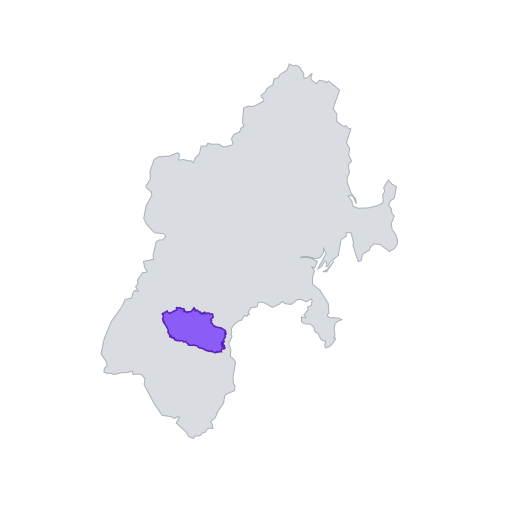 Khmel'nyts'kyy on a map of Ukraine (Mercator projection), rotated 290°
{"feature_id": "UKR-290", "entity_name": "Khmel'nyts'kyy", "entity_type": "Region", "adm_level": 1, "iso_a3": "UKR", "parent_name": "Ukraine", "parent_adm1": "", "projection": "mercator", "projection_center": [26.972, 49.519], "detail": "fine", "context": "in_parent", "style": "filled", "palette": "violet", "viewbox_px": 512, "rotation_deg": 290, "n_neighbors": 0, "source": "natural_earth", "source_scale": "10m", "svg_char_len": 9278}
<svg xmlns="http://www.w3.org/2000/svg" viewBox="0 0 512 512"><g transform="rotate(290 256 256)"><path d="M339.5,344.9L344.6,352.7L348.8,356.7L350.9,356.8L356.9,354.1L360.7,355.0L364.1,352.5L372.7,354.3L370.1,359.2L368.9,364.3L357.6,366.1L353.5,363.2L349.1,363.3L346.7,366.9L342.3,369.4L340.9,372.3L332.9,372.1L327.6,374.7L323.6,380.2L319.1,383.7L315.6,384.7L310.2,383.4L305.8,379.8L309.2,369.1L308.0,363.3L304.5,360.6L300.1,360.4L294.4,355.7L287.8,356.3L285.6,354.0L299.2,343.4L302.1,342.9L310.4,337.3L308.8,332.7L305.3,333.9L300.4,330.3L284.9,333.1L275.4,327.6L271.1,327.0L270.0,325.6L274.5,324.4L274.9,322.4L268.5,321.1L265.1,318.5L282.4,321.0L287.1,316.6L282.3,318.2L277.4,317.2L275.6,315.7L273.5,311.3L273.4,305.1L271.2,299.6L269.5,297.8L272.8,306.9L271.9,315.5L264.6,315.1L265.3,311.5L261.9,316.2L256.2,316.3L248.9,318.6L245.9,327.4L236.5,339.8L228.0,343.9L225.0,343.2L223.8,344.2L223.2,348.0L224.7,349.8L225.9,355.8L225.5,358.4L222.5,355.0L219.0,353.5L215.2,354.0L208.1,357.5L205.7,356.9L205.9,358.6L205.2,359.2L198.6,357.4L195.7,355.7L193.5,352.6L195.6,351.1L199.6,350.5L199.5,346.0L204.6,340.3L204.8,337.6L209.2,334.1L210.5,330.2L208.9,324.5L209.5,321.5L214.4,319.4L214.7,323.9L215.8,323.5L216.9,321.2L223.5,323.3L225.5,321.8L228.3,324.8L233.4,324.0L234.6,322.6L230.2,319.0L230.6,313.2L229.2,309.9L222.6,305.7L221.3,300.5L221.9,296.0L218.6,294.2L213.3,289.1L214.9,280.0L214.5,276.6L213.0,273.9L208.7,274.4L205.5,269.0L200.3,268.0L198.8,269.9L198.0,268.1L196.2,268.2L196.4,266.0L195.2,265.2L190.8,264.6L189.7,262.5L185.1,259.4L179.3,257.4L176.1,259.4L174.7,258.9L172.4,260.9L164.2,260.4L159.3,264.5L152.6,266.3L152.0,269.2L149.5,273.1L134.6,275.7L128.2,278.5L126.2,280.9L122.3,281.8L115.6,275.0L113.5,274.5L107.0,275.8L96.1,273.1L90.5,273.1L84.7,270.0L82.9,272.6L79.1,274.5L78.7,271.9L76.8,269.3L72.8,268.5L71.4,266.2L67.8,264.6L65.7,259.7L63.1,259.8L63.4,254.5L66.6,250.7L71.8,238.1L78.3,239.2L78.5,237.8L75.4,234.9L76.0,230.8L74.2,222.8L75.4,220.5L82.5,210.8L97.0,194.8L102.6,193.7L105.1,189.7L105.2,186.7L102.7,181.0L105.4,179.0L105.2,178.1L102.9,175.8L100.2,169.4L96.0,163.1L96.3,160.2L94.7,156.0L94.8,152.8L98.7,151.9L102.1,153.7L105.9,150.9L110.9,143.9L126.0,141.7L144.4,142.3L162.6,147.3L170.5,147.9L173.8,153.3L180.4,153.1L182.3,154.1L182.5,157.4L185.9,153.4L189.2,154.6L192.9,152.9L201.8,155.2L202.8,158.1L204.6,158.9L207.1,155.2L212.5,152.2L217.8,160.7L222.2,158.9L235.2,157.4L238.4,160.1L238.9,162.6L243.5,164.7L245.4,161.6L243.2,153.3L244.3,150.1L248.0,143.0L252.8,137.7L265.5,135.5L277.3,137.5L280.7,135.3L282.5,129.8L284.0,128.6L292.0,130.5L299.3,127.4L311.9,127.3L315.9,130.5L320.0,140.0L326.1,146.9L325.7,149.1L320.1,150.4L320.0,151.6L321.9,154.8L322.5,161.3L323.4,162.1L322.1,165.0L328.1,165.6L332.8,167.9L340.4,166.8L342.4,171.7L345.7,172.2L345.7,175.5L348.4,183.0L347.4,186.9L347.8,189.3L351.7,195.1L353.4,195.9L358.1,192.8L362.9,193.8L367.0,198.1L371.1,198.1L373.7,200.5L376.7,197.7L390.9,193.7L394.3,197.7L394.8,200.3L397.0,203.8L404.3,210.1L406.4,209.5L407.1,206.6L408.8,205.7L413.0,208.6L417.2,209.0L423.0,213.3L428.5,212.2L431.2,216.0L434.7,216.5L441.5,221.7L447.9,221.5L447.4,226.3L448.9,228.4L448.5,232.2L443.8,238.4L439.5,240.2L440.9,243.3L445.9,245.3L446.3,246.3L441.7,246.7L439.8,249.0L438.6,253.8L442.6,255.3L443.8,261.2L442.9,263.1L445.3,264.2L440.5,277.8L420.9,278.0L417.0,283.5L411.2,285.3L409.5,286.9L407.6,294.4L409.3,295.8L407.6,299.0L407.9,301.7L393.5,302.2L389.1,307.2L382.9,308.4L377.5,313.5L375.2,311.9L372.4,312.0L366.4,315.2L361.0,315.0L356.7,316.3L347.6,323.9L343.4,330.5L339.3,332.4L345.0,327.0L345.2,324.2L343.9,322.0L340.4,327.4L335.8,329.8L335.9,336.1L339.5,344.9ZM277.9,330.9L265.3,327.7L264.1,324.1L266.9,327.3L277.9,330.9Z" fill="#d9dde1" stroke="#a8b0b8" stroke-width="1"/><path d="M171.6,189.3L171.9,189.5L172.3,190.0L172.8,190.4L173.1,191.0L173.4,191.2L174.0,191.4L173.9,191.6L173.2,192.1L172.9,192.5L172.4,194.2L172.4,194.5L172.5,194.7L172.7,194.9L173.5,195.0L173.8,195.4L173.9,195.8L174.1,196.1L176.1,197.5L176.0,198.0L176.3,198.3L176.6,198.3L177.0,198.8L177.8,199.2L177.9,199.4L178.0,200.0L179.3,200.1L179.6,199.5L180.0,198.9L180.3,198.9L180.4,199.0L180.5,199.1L180.5,199.6L180.5,200.5L181.3,201.8L181.4,202.1L181.4,202.3L181.4,202.5L181.0,202.7L180.9,202.8L181.0,203.1L181.3,203.4L181.4,203.6L180.9,204.3L180.8,204.8L180.9,205.0L181.1,205.2L181.5,205.3L181.6,205.5L181.7,206.0L181.7,206.4L181.6,206.6L181.1,206.8L180.8,207.2L180.5,207.3L180.3,207.4L179.1,207.2L179.2,207.5L179.8,208.6L179.9,209.1L179.4,209.3L179.2,209.4L179.1,210.3L179.3,210.6L180.1,210.8L180.3,211.0L180.4,211.3L180.3,211.7L180.3,211.9L181.3,213.2L181.4,213.8L181.6,214.1L186.1,215.4L185.7,215.9L184.9,216.1L185.4,216.5L185.1,217.1L184.7,217.4L184.0,217.3L183.8,217.4L183.6,217.9L183.6,218.1L183.7,218.4L184.3,218.7L184.7,219.0L184.9,219.4L185.0,219.7L184.8,220.1L184.2,221.5L183.9,221.8L183.9,222.0L184.0,222.1L184.3,222.5L184.3,222.8L184.1,223.1L183.9,223.2L183.5,223.1L183.2,223.2L183.0,223.6L183.0,224.0L183.1,224.4L183.7,224.9L183.9,225.0L183.5,225.4L183.3,225.6L183.3,226.0L183.6,226.3L183.9,226.3L185.2,226.4L185.3,226.5L185.5,226.8L185.6,227.2L185.6,227.5L184.8,227.8L184.7,227.9L184.7,228.0L184.9,228.7L185.0,229.1L185.0,229.3L185.6,229.5L185.8,229.9L185.8,230.5L186.1,231.1L186.3,231.4L186.2,231.7L186.0,231.9L185.9,232.3L185.8,232.5L185.9,233.0L186.2,233.4L186.3,233.7L186.4,234.5L186.5,235.1L186.5,235.3L186.4,235.4L186.2,235.5L185.4,235.6L184.9,235.8L184.7,236.0L184.3,236.5L184.0,236.7L183.4,236.5L182.8,236.1L182.1,235.9L181.5,235.5L181.2,235.3L180.7,235.2L180.4,235.5L179.9,236.3L179.8,236.5L178.7,236.3L178.2,236.3L178.0,236.6L177.6,237.4L177.6,238.0L177.4,238.1L177.0,238.4L176.7,239.2L176.0,239.9L175.8,240.5L175.6,240.7L175.6,240.9L175.7,241.2L176.0,241.6L176.0,241.9L175.9,242.2L175.5,242.5L175.8,243.5L176.0,244.5L176.1,246.5L176.2,246.9L176.6,247.8L176.6,248.0L176.1,248.1L176.0,248.3L176.1,249.2L176.0,250.0L175.9,250.8L175.4,252.5L175.2,252.7L174.9,253.2L174.7,253.4L174.4,253.5L173.8,253.0L172.9,252.8L172.5,252.9L172.5,253.3L173.0,253.5L173.1,254.1L173.0,254.3L172.8,254.4L172.3,254.5L172.1,254.4L171.6,254.1L171.4,254.1L170.6,254.1L170.3,254.6L170.1,254.7L169.9,254.8L169.0,254.7L168.3,254.5L168.0,254.7L167.6,254.3L166.8,254.1L166.3,254.1L165.9,254.3L165.3,255.0L165.0,255.3L164.5,255.4L164.1,255.2L163.8,254.7L163.7,254.1L163.8,253.4L163.6,253.3L163.4,253.2L163.1,253.2L162.9,253.4L162.8,253.7L163.0,254.2L162.9,254.5L162.6,255.1L162.3,255.1L162.1,254.7L162.0,254.2L161.9,253.8L161.7,253.6L161.4,253.6L161.3,254.0L161.8,254.6L161.9,254.8L161.8,255.4L161.5,255.6L161.2,255.5L160.9,255.4L160.1,254.8L159.6,254.7L159.2,255.1L159.2,255.4L159.6,255.6L160.4,255.9L160.8,256.1L161.2,256.5L161.2,256.8L160.8,257.0L160.1,257.0L159.8,257.0L159.7,256.6L159.5,256.4L159.2,256.5L159.1,257.0L159.4,258.1L159.0,258.3L158.5,258.2L158.2,258.1L157.9,257.8L157.6,257.4L157.1,256.2L156.5,255.7L156.1,255.5L155.1,255.8L154.7,255.6L154.2,256.2L153.9,255.4L153.6,254.7L154.0,254.5L154.0,254.3L153.5,253.9L152.9,253.6L152.6,253.3L152.6,253.0L152.8,252.5L152.8,252.1L152.7,252.1L152.5,252.3L152.2,252.1L152.1,251.9L152.1,251.6L151.5,251.3L151.1,250.9L151.1,250.6L151.3,249.8L151.3,249.1L151.4,248.5L151.3,248.2L151.0,247.9L150.9,247.8L150.9,247.7L151.2,247.3L151.2,247.0L151.6,246.9L151.7,246.7L151.1,246.3L150.7,245.8L150.6,245.4L150.8,243.8L150.8,243.7L150.7,243.7L150.2,243.7L150.3,243.1L150.4,242.6L150.3,242.3L150.1,242.0L150.1,241.9L150.4,241.6L150.4,241.4L150.3,241.0L150.3,240.8L150.6,240.7L150.8,240.4L150.4,239.5L150.3,239.1L150.6,238.7L150.9,238.4L151.0,238.0L151.0,237.9L151.0,237.6L150.6,236.9L150.6,236.6L150.6,236.1L150.8,235.6L150.4,235.0L150.3,234.7L150.3,234.4L150.4,233.9L150.4,233.3L150.5,233.0L150.7,232.8L151.2,232.6L151.3,232.5L151.4,232.3L151.4,231.6L151.5,231.3L151.6,231.1L151.2,230.4L151.1,230.0L151.1,229.6L151.2,229.1L151.0,228.3L151.0,227.4L150.8,227.2L150.3,226.8L150.2,226.7L149.8,225.1L149.3,223.9L149.2,223.5L149.6,222.4L149.8,222.3L150.4,222.0L150.5,221.8L150.6,221.3L150.8,220.2L150.9,219.9L151.3,219.5L151.4,219.3L151.5,218.8L151.5,218.7L151.3,218.5L150.7,218.0L150.5,217.5L150.4,217.4L150.5,217.1L150.6,216.8L150.9,216.5L151.0,216.3L151.1,215.3L151.1,214.8L150.8,214.3L150.3,213.9L150.0,213.4L150.1,213.0L150.2,212.3L150.2,211.9L150.0,211.6L149.6,211.3L149.4,211.0L149.4,210.7L149.5,210.3L149.6,209.9L149.5,209.4L149.3,208.9L149.3,208.6L149.4,208.4L149.7,208.2L150.9,207.7L151.0,207.6L151.1,207.2L150.5,206.9L150.3,206.7L150.2,206.6L150.4,206.4L150.8,206.1L150.9,205.9L151.0,205.5L150.9,205.2L150.5,204.8L150.4,204.7L150.6,204.4L151.6,204.3L151.8,204.1L151.9,203.7L151.8,203.4L151.6,203.2L151.4,203.1L150.6,202.9L150.5,202.7L152.1,201.9L152.6,201.6L152.9,201.1L153.8,199.8L154.3,199.3L154.6,199.1L154.9,199.1L155.5,199.2L156.0,199.1L156.3,199.0L156.7,198.6L157.2,198.0L158.1,197.2L158.7,196.3L159.8,195.4L159.9,195.1L159.9,194.8L160.0,194.6L160.9,193.8L161.1,193.6L161.3,193.1L161.6,192.7L161.8,192.4L161.8,192.0L161.9,191.9L162.0,191.8L162.3,191.8L162.9,192.1L163.1,192.0L163.2,191.7L163.2,191.0L163.3,190.7L164.8,190.0L165.2,189.6L165.4,189.6L166.0,189.8L166.4,190.0L166.7,190.1L167.0,190.0L168.0,189.2L169.0,188.7L169.3,188.0L169.4,187.8L169.6,187.8L169.9,187.7L170.2,187.9L170.3,188.4L170.3,188.8L170.4,189.0L170.6,189.1L171.6,189.3Z" fill="#8b5cf6" stroke="#5b21b6" stroke-width="1.5"/></g></svg>